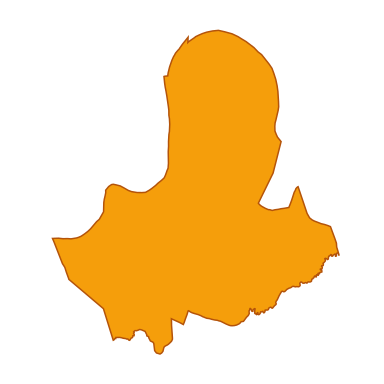 the district of Otatitlán, Veracruz, Mexico, rotated 356°
{"feature_id": "50627088B35781734794767", "entity_name": "Otatitlán", "entity_type": "district", "adm_level": 2, "iso_a3": "MEX", "parent_name": "Mexico", "parent_adm1": "Veracruz", "projection": "robinson", "projection_center": [-96.022, 18.172], "detail": "fine", "context": "isolated", "style": "filled", "palette": "amber", "viewbox_px": 384, "rotation_deg": 356, "n_neighbors": 0, "source": "geoboundaries", "source_scale": "gbopen_adm2", "svg_char_len": 6071}
<svg xmlns="http://www.w3.org/2000/svg" viewBox="0 0 384 384"><g transform="rotate(356 192 192)"><path d="M334.4,265.7L333.3,260.5L332.5,257.1L332.5,253.1L331.2,248.2L327.7,236.2L325.3,235.0L322.1,233.7L318.6,232.6L315.9,231.3L312.2,229.6L310.0,228.3L307.5,226.0L305.3,221.4L298.2,194.1L297.7,194.3L296.9,194.9L295.9,195.9L295.2,197.5L294.0,199.3L290.9,207.0L289.1,211.0L287.5,214.2L283.8,214.6L282.9,214.7L281.2,214.8L279.6,214.9L277.0,215.3L273.7,215.5L270.7,216.0L268.4,215.1L266.9,214.9L264.0,213.4L260.3,211.0L258.5,209.3L257.4,207.8L274.2,178.8L284.4,147.9L284.0,147.4L281.1,143.2L280.1,140.5L279.0,137.0L279.2,132.3L279.7,129.0L280.8,125.8L283.6,116.7L284.4,113.1L284.6,107.8L284.7,97.7L284.3,91.9L283.4,85.5L281.9,79.4L280.4,74.2L277.9,69.9L271.0,59.8L267.7,56.9L263.9,52.3L256.4,45.7L252.4,42.9L248.7,40.2L243.0,37.0L235.6,34.4L229.6,32.6L223.6,32.8L217.7,33.6L213.4,34.7L210.0,35.9L206.2,37.4L205.9,37.8L199.5,41.6L198.3,42.6L198.9,37.3L192.7,44.0L189.8,47.6L189.0,48.7L187.8,49.7L185.2,52.4L184.2,54.1L183.1,55.6L181.2,59.1L178.4,65.6L176.5,71.5L175.9,74.5L173.0,74.6L172.1,74.8L172.3,81.5L172.6,85.6L173.1,89.6L173.6,94.5L174.4,105.2L174.6,108.9L174.3,113.8L174.6,117.4L174.5,123.0L173.7,130.0L173.0,133.0L172.1,140.0L171.8,144.8L171.1,150.2L170.5,161.7L169.8,166.6L168.5,169.1L167.6,171.3L166.4,173.9L165.2,176.0L163.1,177.7L161.5,178.9L158.7,180.8L156.2,182.9L152.4,185.5L149.6,187.2L145.6,189.1L142.0,189.1L137.2,188.7L131.7,187.4L128.6,186.0L124.3,183.1L120.8,180.9L116.8,179.6L114.0,178.8L112.2,179.0L109.3,180.7L106.0,184.2L105.9,186.6L105.1,189.6L104.0,193.1L103.3,196.3L102.4,205.6L97.6,212.8L94.8,214.9L91.6,218.2L88.2,221.7L85.4,224.0L81.8,226.4L78.3,228.4L75.7,229.3L73.6,229.8L68.0,230.3L64.6,229.8L60.1,229.6L55.7,228.8L53.0,228.7L49.6,228.6L50.8,232.0L57.8,254.5L58.6,255.9L59.9,258.4L61.0,263.0L63.0,270.0L63.1,270.6L95.5,302.2L103.1,334.4L103.8,334.1L104.8,332.9L105.7,332.9L105.9,331.8L109.6,332.0L111.4,332.4L113.2,333.1L115.6,333.6L116.8,334.2L117.7,334.1L118.6,335.3L119.5,335.6L121.2,333.4L122.0,333.3L122.7,332.6L123.0,331.3L124.2,331.3L124.4,330.1L123.9,329.0L124.5,328.1L124.1,327.4L125.4,326.3L127.0,326.5L128.6,326.1L130.1,325.5L131.8,325.9L135.5,327.8L136.9,331.2L136.9,332.4L138.5,333.2L138.8,334.7L140.1,337.7L142.6,339.1L143.3,340.4L143.7,347.7L145.3,350.1L148.8,351.4L150.5,350.5L151.9,348.9L152.5,347.0L153.0,345.4L153.5,344.6L154.7,343.7L156.5,343.0L157.9,342.2L160.1,340.4L161.2,339.4L162.2,337.6L162.3,336.3L162.3,334.9L162.3,331.5L162.3,323.6L162.5,320.1L162.6,317.0L170.5,321.3L174.1,323.6L175.3,321.2L176.4,318.5L178.5,313.9L179.8,310.4L180.4,310.2L181.2,310.9L182.1,311.6L183.3,312.3L184.9,313.0L186.2,313.5L189.6,314.7L192.6,316.2L193.9,317.1L195.7,317.9L196.2,318.2L197.1,318.6L198.0,319.0L200.5,319.5L202.9,320.4L205.9,321.3L207.6,321.6L208.7,321.9L210.0,322.5L211.2,322.8L212.5,323.5L214.7,324.8L216.7,326.0L218.3,326.8L219.7,327.5L221.1,328.0L222.7,328.2L224.9,328.2L227.3,327.8L228.5,327.3L229.8,326.8L230.7,326.2L231.8,325.0L232.2,324.8L233.9,324.7L234.3,324.6L234.8,324.1L237.4,321.0L238.0,320.4L239.2,319.4L239.8,318.7L240.1,318.1L240.6,317.4L240.6,316.5L240.6,315.8L240.6,315.2L240.7,314.5L241.1,313.9L241.4,313.4L241.5,312.6L241.8,312.3L241.9,312.2L242.4,312.5L242.9,313.5L243.2,314.8L243.5,315.1L244.0,315.3L244.4,315.2L244.5,314.9L244.7,313.8L245.1,313.4L246.3,312.7L246.5,312.7L246.7,312.8L246.8,313.1L246.3,314.7L246.3,315.4L246.1,316.0L246.3,316.6L246.1,317.1L246.1,317.3L246.4,317.7L246.7,317.9L246.9,317.9L247.4,317.9L247.5,318.5L247.8,318.8L248.1,318.7L248.3,318.6L248.3,318.0L248.5,317.4L248.9,316.9L249.2,316.9L249.3,317.2L249.2,318.0L249.4,318.5L249.6,318.9L250.0,319.0L250.4,318.9L251.2,318.3L251.8,317.4L251.9,316.7L252.2,316.3L253.0,316.4L253.8,316.3L253.9,316.1L254.3,316.0L254.6,316.7L255.1,317.5L255.7,317.4L256.4,316.5L256.6,315.5L256.6,315.1L256.8,314.9L257.2,314.9L259.1,315.0L259.7,314.8L260.0,314.5L260.2,314.2L260.2,313.7L260.4,313.3L260.8,313.1L261.5,312.7L262.3,312.4L262.7,312.5L263.2,313.0L263.6,313.4L264.0,313.5L264.3,313.4L266.0,311.6L266.8,310.9L267.8,310.2L268.0,309.9L268.2,309.4L267.8,308.2L268.0,307.7L268.3,306.9L269.5,305.5L270.1,304.4L271.8,301.3L272.4,300.4L274.2,297.8L274.7,297.4L275.3,297.3L276.5,297.9L277.5,297.8L278.3,297.2L279.8,295.8L282.1,294.7L283.6,294.4L284.4,294.0L285.3,293.4L285.7,293.2L286.5,293.2L287.8,293.5L288.2,293.8L288.7,293.8L289.3,293.7L290.0,293.7L291.9,294.0L293.0,293.3L293.4,292.6L293.4,292.1L293.1,290.9L293.5,290.1L294.0,289.6L294.4,289.4L294.9,289.5L295.4,289.8L296.1,290.6L296.5,290.7L297.5,290.8L298.1,290.6L298.6,290.3L299.1,290.3L300.0,290.8L300.3,290.9L300.5,290.7L300.8,290.3L301.2,290.0L302.0,289.8L302.9,290.0L303.6,290.0L304.6,289.6L305.0,289.2L305.4,287.4L305.7,287.3L306.2,287.1L306.6,286.9L306.7,286.5L307.1,286.3L307.4,286.2L307.6,286.0L307.8,285.7L308.2,284.7L308.4,284.5L308.8,284.4L309.1,284.5L309.4,285.2L309.6,285.3L309.8,285.4L310.1,285.3L310.3,283.7L310.5,283.3L310.7,283.2L311.2,283.3L311.8,283.9L312.1,283.9L312.3,283.7L312.4,283.1L312.0,282.1L312.2,281.9L312.4,281.8L312.6,281.9L313.1,282.4L313.5,282.4L313.7,281.9L313.8,281.3L314.6,281.0L315.9,280.9L316.0,280.6L316.0,279.7L316.0,279.4L315.7,279.1L315.2,278.9L314.9,278.7L314.6,278.3L314.6,277.9L315.0,277.7L316.2,277.8L316.4,277.5L316.7,276.6L316.7,276.1L316.5,275.7L316.1,275.3L316.1,275.0L316.2,274.7L316.4,274.6L317.3,274.6L317.7,274.5L317.9,274.0L318.0,273.5L317.9,273.0L317.8,272.7L317.8,272.3L317.9,272.1L318.2,272.0L318.6,271.7L319.0,271.3L319.7,270.6L320.2,270.0L320.3,269.6L320.3,269.1L319.8,267.9L320.0,267.7L320.3,267.5L320.7,267.5L321.6,268.0L322.1,268.5L322.4,268.8L323.0,268.6L323.3,268.2L323.6,266.5L323.9,265.9L324.3,265.4L324.8,265.4L325.1,265.1L325.9,264.3L326.1,264.1L326.5,264.2L326.8,264.6L326.7,265.0L326.9,265.7L327.2,265.8L327.6,265.8L328.0,265.6L328.3,265.0L329.8,264.0L330.5,264.0L330.7,264.3L330.8,264.7L330.6,265.8L330.8,266.1L331.2,266.1L331.5,265.8L331.7,265.2L331.9,263.7L332.0,263.4L332.4,263.1L332.9,263.0L333.5,263.3L333.8,263.7L333.9,264.4L334.0,265.0L334.4,265.7Z" fill="#f59e0b" stroke="#b45309" stroke-width="1.5"/></g></svg>